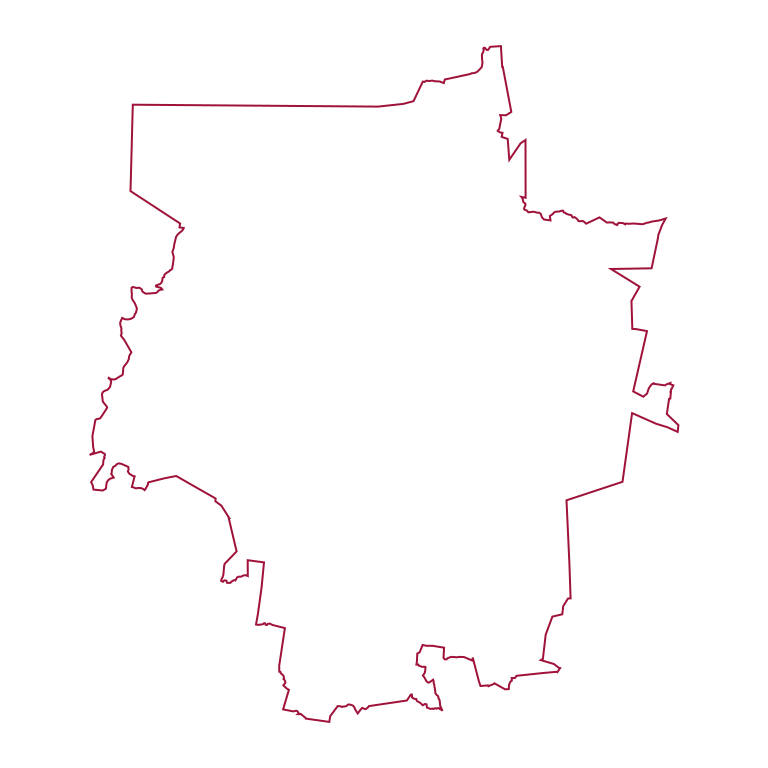 outline of San José de Gracia, Aguascalientes, Mexico
{"feature_id": "50627088B86600240710870", "entity_name": "San José de Gracia", "entity_type": "district", "adm_level": 2, "iso_a3": "MEX", "parent_name": "Mexico", "parent_adm1": "Aguascalientes", "projection": "albers", "projection_center": [-102.542, 22.143], "detail": "fine", "context": "isolated", "style": "outline", "palette": "rose", "viewbox_px": 768, "rotation_deg": 0, "n_neighbors": 0, "source": "geoboundaries", "source_scale": "gbopen_adm2", "svg_char_len": 6069}
<svg xmlns="http://www.w3.org/2000/svg" viewBox="0 0 768 768"><path d="M570.6,598.4L569.4,563.5L566.5,500.3L622.5,481.8L632.1,413.1L656.2,423.8L666.8,427.0L677.7,431.9L678.4,425.1L666.8,414.0L669.1,398.8L670.3,398.6L670.9,392.0L670.5,392.0L670.5,391.8L671.4,388.7L671.8,388.6L673.3,385.3L670.0,384.1L670.3,383.0L666.0,384.6L665.1,385.4L653.8,383.8L653.9,383.4L653.4,383.3L651.4,384.6L648.8,388.3L647.1,393.5L643.3,396.7L633.2,391.4L647.0,331.1L636.1,329.1L632.3,328.9L631.5,301.7L631.1,301.1L631.5,301.4L631.5,300.9L639.6,286.7L611.0,269.0L651.6,268.3L657.8,238.8L658.4,234.7L662.2,224.8L665.7,218.5L659.0,220.5L652.2,221.5L648.3,222.6L646.2,222.9L643.6,224.0L642.0,224.2L633.6,223.5L628.6,223.8L625.9,223.5L625.2,224.4L623.4,223.2L618.7,222.8L618.2,223.6L617.3,224.1L617.2,225.0L615.5,224.5L614.0,223.6L613.3,222.6L609.1,222.4L606.9,222.6L599.5,217.4L586.1,223.7L584.5,222.1L582.9,221.0L579.4,221.3L578.4,221.0L577.6,219.5L575.5,217.7L574.5,217.1L573.1,217.6L572.4,217.2L571.5,215.4L571.0,215.0L568.9,214.7L566.6,213.9L565.4,213.0L563.6,212.3L563.1,210.7L562.0,210.6L559.2,211.5L555.9,211.7L554.6,212.1L553.6,212.9L552.8,214.0L549.8,216.1L550.5,220.4L544.0,219.5L542.6,218.1L541.9,217.1L540.8,214.0L539.3,212.8L536.9,212.6L533.7,211.7L528.3,212.3L527.2,210.8L524.2,209.4L524.1,208.2L525.5,204.9L525.4,203.9L525.0,203.3L523.5,202.3L522.4,198.1L521.4,196.9L525.6,197.8L525.5,140.0L520.6,143.3L509.3,159.8L507.7,138.9L501.7,136.9L502.5,132.8L499.8,132.3L497.7,130.8L499.3,128.8L501.3,118.6L500.2,115.1L506.0,115.3L511.3,111.9L502.8,66.9L502.2,66.9L500.9,46.1L490.4,46.8L490.1,46.9L488.5,49.3L487.8,50.0L486.8,49.9L485.9,49.2L485.3,48.2L484.5,47.7L483.7,47.9L483.3,48.7L483.7,50.0L483.1,52.5L482.1,53.9L481.9,55.5L482.1,59.8L482.5,61.8L482.3,64.0L481.7,67.1L478.6,70.5L476.5,72.3L473.7,73.1L471.4,73.3L470.6,73.9L444.8,79.5L443.8,83.1L439.8,81.5L434.4,81.2L432.3,80.6L429.5,81.0L426.7,80.7L425.1,81.4L424.6,81.9L422.8,81.6L413.5,101.2L403.2,103.9L378.1,106.6L132.8,104.7L130.5,191.1L180.1,223.5L179.5,227.4L183.7,228.0L183.1,229.5L181.6,231.2L179.6,232.7L177.4,234.8L176.0,237.1L174.2,244.7L173.8,247.8L172.4,252.0L173.8,257.2L172.9,264.8L172.3,266.8L172.3,268.6L171.4,269.6L170.1,270.1L169.4,271.2L166.6,272.8L164.7,274.4L164.1,275.8L164.2,277.0L162.6,277.9L162.2,281.0L161.1,283.2L159.4,284.3L156.3,285.3L155.9,286.1L156.5,286.8L160.2,287.6L161.4,288.2L162.3,289.5L160.3,289.8L158.4,290.7L157.4,292.1L155.8,293.0L145.9,293.7L143.8,292.6L142.4,291.5L141.8,289.4L140.2,288.2L138.9,287.7L136.4,288.0L132.9,286.9L131.6,287.8L131.5,291.0L131.9,294.1L131.7,297.4L132.7,300.2L134.2,302.2L135.3,304.3L136.9,308.4L136.1,312.3L134.6,314.7L133.9,317.0L132.6,317.9L131.0,318.8L128.2,319.4L126.4,319.4L124.5,319.1L122.2,317.9L120.2,322.4L120.3,325.0L121.4,328.2L121.3,331.4L121.7,333.2L120.9,335.6L124.3,340.0L131.4,352.3L129.7,355.0L129.1,356.6L128.8,359.1L127.3,362.3L123.9,366.6L123.3,367.9L122.8,374.4L121.5,375.6L119.8,376.4L116.0,378.9L114.2,379.5L111.1,379.2L109.8,378.6L108.8,377.8L108.6,378.1L110.9,380.5L111.2,382.0L110.0,386.9L108.0,389.5L104.0,391.2L103.1,391.9L102.1,393.6L102.0,394.6L102.8,401.6L106.9,406.7L107.1,407.8L101.9,415.9L100.0,418.5L96.6,419.1L95.4,420.0L92.4,436.1L93.2,447.3L94.1,451.5L93.1,452.9L89.6,454.9L100.9,451.6L104.8,454.0L104.9,455.1L104.1,457.0L104.7,457.8L103.4,460.2L103.1,464.5L91.1,482.1L92.7,485.3L93.5,489.6L102.8,490.5L105.9,488.7L106.7,482.5L108.1,480.3L109.8,478.8L113.7,477.6L111.2,473.9L111.6,473.2L112.0,469.7L113.3,466.9L115.5,465.7L116.5,464.4L118.6,463.4L121.0,463.7L128.3,466.9L128.6,469.1L127.9,471.5L129.3,473.7L133.2,476.1L134.6,476.3L131.9,487.0L133.3,487.3L135.9,488.4L138.3,487.9L141.4,488.2L143.6,489.2L144.6,490.1L145.3,489.3L148.1,484.3L148.0,482.8L148.6,482.3L164.4,478.3L176.2,476.0L215.6,498.5L215.4,501.3L221.4,505.7L229.2,518.0L228.7,518.0L236.6,551.4L224.6,563.9L224.1,566.4L223.4,574.6L222.6,577.2L221.6,579.0L221.1,580.8L222.9,581.8L224.0,580.6L224.9,580.3L226.3,580.6L227.2,582.9L230.3,582.9L231.8,581.4L233.0,580.6L234.3,580.1L235.4,580.5L237.0,577.5L238.5,576.7L241.1,576.7L243.3,575.5L245.8,575.2L247.8,576.0L247.7,560.2L264.0,562.4L261.6,587.2L257.9,614.0L256.0,624.5L258.0,624.9L262.7,624.3L264.1,623.2L265.2,623.4L265.6,624.8L267.0,625.0L267.8,623.9L269.8,623.6L272.6,625.0L284.9,628.1L279.2,665.7L279.3,671.7L280.4,671.8L280.8,673.2L283.3,675.5L284.1,677.9L283.5,679.1L284.5,679.9L285.1,681.1L285.4,682.6L283.4,685.5L287.1,688.8L288.9,689.8L283.1,709.4L293.3,711.4L295.5,710.9L296.8,710.8L298.2,712.2L298.7,713.2L298.8,713.5L298.0,714.1L299.8,714.2L300.7,713.9L305.8,718.1L305.8,718.6L329.3,721.9L330.2,716.2L337.7,706.1L340.6,706.3L342.0,707.0L343.3,706.5L344.6,706.5L346.2,706.1L348.3,704.5L350.1,704.6L352.3,705.3L353.4,706.0L354.6,707.8L355.1,709.3L357.7,713.5L360.6,709.6L362.3,707.9L363.9,708.7L365.6,709.1L367.7,707.7L368.9,706.1L406.9,700.5L410.9,694.5L411.8,694.5L412.1,697.5L413.9,698.7L416.3,699.0L416.5,700.2L417.1,701.1L419.9,702.7L421.3,703.8L422.7,705.3L424.9,704.0L426.5,704.3L427.0,707.6L430.4,708.9L432.4,708.6L433.6,709.0L434.3,708.4L435.8,708.3L436.4,708.7L437.2,708.3L438.9,708.1L439.7,709.0L441.1,709.6L442.5,710.8L440.2,705.8L439.6,700.1L438.3,698.0L438.5,697.2L437.9,695.9L436.5,694.8L435.4,693.1L434.9,688.8L434.4,686.3L434.4,685.1L433.7,683.3L433.7,681.4L433.1,679.7L429.8,682.1L428.7,682.6L428.0,682.5L426.4,681.2L424.5,677.6L422.9,675.5L424.7,673.0L425.3,670.3L425.3,668.6L425.6,667.3L424.9,666.7L422.2,666.9L418.7,665.6L418.4,664.5L416.4,664.5L416.9,661.7L417.3,653.5L418.4,653.1L419.8,651.9L422.6,645.0L426.5,645.8L432.7,645.8L444.1,647.7L443.5,657.8L444.7,659.3L446.6,659.3L447.8,658.1L451.3,656.8L452.5,657.1L454.4,657.0L456.2,657.4L458.6,656.9L463.9,657.0L472.4,660.6L472.7,657.5L478.9,681.3L480.5,686.0L488.0,685.4L488.4,686.2L493.9,683.9L494.4,683.3L505.0,689.3L508.8,689.1L509.0,684.8L510.6,681.4L511.8,680.7L511.7,678.0L514.8,678.1L516.5,675.8L544.2,672.9L556.8,671.8L557.4,672.2L560.1,668.1L559.0,667.9L553.9,664.0L540.8,660.1L542.9,658.8L545.7,634.6L552.4,616.6L562.3,614.3L563.2,606.2L568.0,598.5L570.6,598.4Z" fill="none" stroke="#9f1239" stroke-width="2"/></svg>